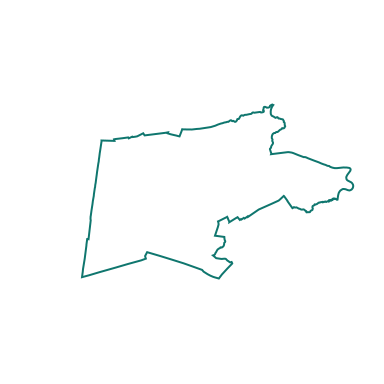 Vi Thuy, Hau Giang, Vietnam, rotated 232°
{"feature_id": "81297802B65836895267297", "entity_name": "Vi Thuy", "entity_type": "district", "adm_level": 2, "iso_a3": "VNM", "parent_name": "Vietnam", "parent_adm1": "Hau Giang", "projection": "robinson", "projection_center": [105.508, 9.801], "detail": "fine", "context": "isolated", "style": "outline", "palette": "teal", "viewbox_px": 384, "rotation_deg": 232, "n_neighbors": 0, "source": "geoboundaries", "source_scale": "gbopen_adm2", "svg_char_len": 6016}
<svg xmlns="http://www.w3.org/2000/svg" viewBox="0 0 384 384"><g transform="rotate(232 192 192)"><path d="M192.6,52.9L189.8,59.5L185.8,69.7L179.4,85.4L174.7,97.2L169.4,109.9L167.9,114.6L170.4,115.6L172.2,119.6L162.0,126.9L151.4,134.3L140.8,141.6L130.1,148.4L124.4,152.0L122.1,152.1L117.6,153.7L114.7,155.0L112.0,156.5L110.7,157.4L107.3,159.9L108.6,164.8L109.9,172.7L110.7,178.5L110.9,179.7L111.0,179.8L112.5,180.1L113.0,178.9L113.4,178.5L114.2,178.3L115.0,178.2L116.0,177.7L118.2,177.5L118.7,177.3L119.4,176.6L120.4,175.1L120.6,174.7L121.2,173.9L125.0,170.3L127.2,169.9L129.1,169.5L128.8,170.4L128.7,171.4L129.0,172.2L129.4,172.8L129.5,173.0L129.7,173.8L130.3,175.1L130.9,176.7L130.9,177.4L130.8,178.8L130.6,179.4L130.6,179.7L130.8,180.2L130.7,180.6L130.6,180.8L130.1,181.0L129.8,181.7L129.9,183.2L130.2,184.1L130.6,184.6L131.1,185.2L132.0,186.0L132.2,186.5L132.2,187.2L132.5,187.7L133.0,188.0L134.0,188.2L135.0,188.7L136.7,189.8L143.4,183.2L148.3,190.6L150.0,192.9L151.3,193.8L152.8,194.4L152.6,195.1L152.2,197.1L151.3,201.6L150.8,204.0L150.8,204.4L150.0,204.3L148.5,203.8L145.6,203.1L145.4,203.0L145.2,202.8L144.4,210.3L144.1,212.4L140.5,212.5L140.5,213.9L139.9,214.0L139.7,216.9L138.7,217.1L138.5,220.9L137.9,220.7L137.1,233.8L133.7,247.4L131.9,254.9L131.9,255.5L132.0,257.3L132.4,261.9L132.0,262.0L126.3,261.8L126.0,261.6L117.8,261.2L117.4,261.2L117.3,261.6L117.4,262.5L117.4,262.8L117.2,263.1L116.4,263.5L116.1,263.9L115.6,264.8L115.4,264.9L115.1,265.1L114.6,265.3L113.2,265.9L112.5,266.5L111.2,267.1L110.7,267.5L110.3,268.0L109.9,268.8L109.7,269.1L109.3,269.4L108.2,269.7L107.1,269.8L106.9,270.1L106.7,270.2L106.4,270.2L105.8,269.8L105.6,269.7L105.4,269.8L104.7,271.0L104.0,271.8L103.6,272.5L103.7,272.8L104.1,273.9L104.1,274.2L103.8,275.3L103.8,275.9L104.6,277.0L105.7,277.4L106.5,278.2L106.6,278.6L106.4,279.6L106.3,280.5L106.6,280.7L106.7,280.9L106.7,281.1L106.2,281.4L106.0,281.8L105.8,282.5L105.6,283.1L105.6,285.2L105.3,285.9L105.0,286.1L105.0,286.4L104.8,287.0L104.1,288.3L103.5,288.5L103.3,288.8L103.2,289.1L103.4,289.3L103.0,289.7L102.8,290.4L102.4,290.6L102.3,291.3L101.8,291.5L101.5,291.7L101.2,293.2L101.0,293.5L100.9,293.6L100.3,293.8L100.3,294.0L101.0,294.4L101.2,294.8L101.1,295.2L101.0,295.3L100.4,295.0L100.1,295.0L100.1,295.4L100.6,295.8L100.6,296.1L100.4,296.3L99.6,296.4L99.5,296.5L99.8,297.0L100.0,297.5L99.9,297.7L99.3,297.7L99.2,297.8L99.4,298.3L99.8,298.7L99.2,299.4L99.2,299.6L99.3,299.7L99.6,299.8L99.5,300.0L99.3,300.1L98.6,300.2L98.4,300.8L98.0,300.8L97.6,301.3L96.7,301.4L96.6,301.5L96.4,302.0L97.9,303.5L99.4,305.1L100.8,306.9L101.2,307.7L101.7,309.3L101.8,309.8L101.6,312.3L101.3,313.0L100.5,313.9L99.5,314.8L97.6,315.9L96.3,317.0L95.9,318.0L95.7,319.2L95.8,319.9L96.1,321.0L96.5,321.6L97.0,322.3L98.0,323.1L98.7,323.4L99.4,323.5L100.5,323.6L101.6,323.4L105.1,321.8L105.8,321.6L106.5,321.6L107.1,321.7L108.5,322.5L108.8,322.8L109.2,323.5L109.9,325.0L111.2,329.7L111.9,330.7L112.4,331.0L112.8,331.1L113.3,331.1L113.6,331.0L114.2,330.7L115.9,329.1L118.2,326.3L121.7,320.7L122.9,319.2L124.8,317.6L126.7,316.4L128.0,316.1L129.1,315.0L129.7,314.6L131.0,314.0L132.7,312.8L135.0,311.4L137.3,310.2L141.3,307.7L147.3,304.1L148.9,303.3L150.0,302.5L150.7,301.5L155.9,298.3L160.1,295.9L161.6,294.9L163.2,293.4L164.1,292.5L164.7,291.6L173.1,277.6L173.5,278.2L174.0,278.4L174.4,278.6L175.0,278.7L177.8,279.8L178.0,280.0L178.1,280.4L178.3,281.6L178.6,281.9L179.2,282.5L179.6,283.5L180.1,285.1L180.4,285.6L180.7,286.0L181.2,286.3L182.5,286.6L182.9,286.7L183.1,286.9L183.4,287.4L183.6,287.6L183.9,287.8L185.2,288.0L185.8,288.4L186.8,289.3L187.5,290.3L188.0,291.4L188.0,291.8L187.9,293.1L187.3,293.9L187.4,294.9L187.3,295.4L187.0,295.9L186.7,296.2L186.6,296.5L186.6,297.2L186.8,299.5L186.7,300.0L186.5,301.0L186.4,301.3L186.8,302.3L186.7,302.5L185.9,303.2L185.7,303.5L185.7,304.3L186.1,304.9L186.2,305.6L186.3,305.8L186.6,306.0L187.5,306.2L189.4,307.5L190.1,307.6L190.6,307.4L190.8,307.5L191.3,308.0L191.6,308.1L192.1,308.1L192.9,308.3L193.2,308.3L193.5,308.1L194.0,307.7L195.0,306.8L196.1,306.2L196.6,305.5L197.2,305.4L197.9,305.5L198.3,305.4L198.5,305.1L198.8,304.5L198.9,303.8L199.0,303.5L199.9,303.1L201.0,302.8L203.0,301.8L203.9,301.9L205.1,302.2L207.0,303.6L207.9,304.5L208.8,305.6L210.0,307.8L210.5,309.6L211.5,309.1L211.8,307.8L211.9,306.6L211.3,305.8L211.2,305.3L211.3,304.7L211.6,304.0L212.1,303.3L212.4,302.9L213.7,302.3L214.1,302.0L214.4,301.6L214.5,301.2L214.6,300.9L214.4,300.5L214.0,300.1L213.4,299.5L212.8,298.5L212.6,298.3L212.2,298.3L211.6,298.5L211.5,298.4L211.3,298.2L211.1,297.9L211.1,297.6L211.3,296.8L211.8,296.0L212.1,295.4L212.4,295.2L212.9,295.1L213.2,294.9L216.1,289.9L217.1,289.1L217.2,288.7L217.3,288.4L217.3,288.1L217.1,287.4L217.1,287.0L217.2,286.6L218.1,285.0L219.4,282.3L220.3,281.1L220.5,280.3L220.5,279.9L220.5,279.5L220.9,279.1L221.7,278.6L222.0,277.8L222.0,277.4L221.8,276.4L220.8,274.1L220.8,273.7L221.3,273.1L221.4,272.8L221.5,272.6L221.4,272.4L220.8,271.5L220.7,271.2L220.5,270.0L220.5,269.6L220.7,269.3L220.9,269.0L221.3,268.8L222.4,268.5L222.7,268.2L223.0,267.4L223.3,267.2L224.2,267.1L224.6,266.7L224.8,266.4L224.9,265.6L224.9,263.9L225.4,263.3L225.7,262.7L225.9,262.0L226.9,260.1L227.4,258.5L228.2,256.8L229.2,253.9L229.9,251.2L231.4,247.3L231.7,246.6L237.1,237.0L238.8,234.5L241.3,230.4L246.6,223.8L247.5,222.9L246.4,221.3L243.5,216.4L244.1,215.9L246.5,214.1L247.8,213.0L250.8,210.6L253.3,208.9L253.8,209.8L255.0,207.5L262.6,194.8L265.6,189.8L265.8,189.5L268.3,189.7L269.6,183.1L270.4,181.5L271.8,179.1L272.4,179.0L273.2,175.2L274.3,175.3L277.2,170.3L280.8,164.4L281.5,163.0L280.0,162.4L282.9,158.9L288.3,152.4L287.7,152.0L280.6,144.5L279.5,143.3L276.4,140.2L275.2,138.9L273.4,137.2L272.2,135.8L266.3,129.6L264.8,128.1L260.5,123.7L258.5,121.7L257.1,120.1L255.5,118.6L255.0,117.9L250.6,113.3L249.4,112.2L245.9,108.3L243.7,106.1L239.1,101.2L235.5,97.5L235.1,97.0L233.1,95.3L232.2,94.9L218.5,81.4L219.4,80.7L219.5,80.5L215.5,76.4L215.0,76.0L214.0,75.0L205.4,66.3L198.3,58.6L196.4,56.8L192.6,52.9Z" fill="none" stroke="#0f766e" stroke-width="2"/></g></svg>